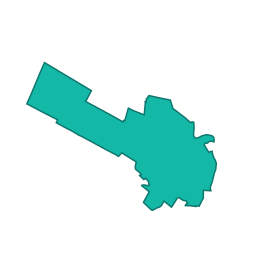 outline of Umbraresti, Galati, Romania, rotated 224°
{"feature_id": "2599482B20952692718710", "entity_name": "Umbraresti", "entity_type": "district", "adm_level": 2, "iso_a3": "ROU", "parent_name": "Romania", "parent_adm1": "Galati", "projection": "natural_earth1", "projection_center": [27.455, 45.712], "detail": "fine", "context": "isolated", "style": "filled", "palette": "teal", "viewbox_px": 256, "rotation_deg": 224, "n_neighbors": 0, "source": "geoboundaries", "source_scale": "gbopen_adm2", "svg_char_len": 2720}
<svg xmlns="http://www.w3.org/2000/svg" viewBox="0 0 256 256"><g transform="rotate(224 128 128)"><path d="M84.6,177.8L85.4,177.5L86.1,177.0L86.3,176.6L86.3,176.4L86.3,176.1L86.3,175.9L86.3,175.7L87.2,175.5L88.0,175.3L91.1,175.1L94.1,175.0L103.1,174.0L108.6,173.3L109.2,173.3L109.6,173.5L111.1,174.3L116.9,177.5L125.5,172.0L135.4,165.9L134.9,161.5L133.6,160.2L133.8,159.6L133.5,159.8L132.8,158.8L133.4,158.6L132.9,158.0L125.5,148.7L125.8,148.6L129.8,146.9L134.5,144.9L135.9,144.3L138.6,143.5L138.9,143.4L141.2,142.7L141.5,142.5L135.3,130.9L136.4,130.4L135.7,129.0L137.4,128.5L151.8,124.7L173.9,118.5L176.9,117.7L176.9,117.8L180.2,129.4L180.3,129.4L211.7,122.1L211.8,122.1L218.3,120.5L218.8,120.5L233.5,117.0L228.3,103.1L228.2,103.0L221.8,86.6L217.5,75.1L202.5,79.5L202.4,79.5L184.3,85.0L183.3,82.0L176.2,83.9L171.9,85.1L170.4,85.6L165.4,87.1L162.8,87.6L160.2,88.3L158.9,88.5L155.4,89.8L150.5,91.1L145.4,92.6L144.8,92.8L144.7,92.8L129.4,97.0L125.6,98.1L124.7,98.4L119.9,99.8L119.6,99.9L117.0,100.7L116.8,100.7L115.1,101.0L115.2,105.8L98.5,109.3L95.9,105.1L93.9,103.6L86.8,104.1L86.0,103.7L86.5,102.3L87.4,101.8L83.2,101.9L82.7,101.9L81.8,101.9L81.6,101.9L80.8,101.9L80.4,104.2L79.0,103.7L78.3,104.1L77.0,103.8L76.9,103.8L76.8,103.7L76.1,103.5L75.6,103.3L73.1,101.8L73.2,101.7L73.5,101.3L73.6,101.1L73.5,100.9L73.4,100.8L73.5,100.7L73.7,100.4L74.3,99.9L75.1,99.4L76.3,98.7L76.7,98.4L77.1,98.0L77.3,97.7L77.5,97.4L77.9,96.9L78.3,96.5L78.3,96.3L78.3,96.2L78.2,96.1L76.9,96.1L76.4,96.1L76.2,96.3L75.2,96.3L70.5,96.7L68.4,96.8L65.2,85.2L54.6,85.3L53.5,85.7L53.3,85.7L51.1,92.0L50.3,93.2L50.1,94.3L50.2,96.4L51.3,100.4L41.7,101.3L43.4,109.8L43.5,109.9L43.7,112.7L43.5,113.0L43.0,113.4L42.8,113.4L40.0,113.8L38.6,114.2L37.3,114.7L35.7,116.1L34.9,115.7L34.2,115.5L33.9,115.4L33.5,115.4L32.9,115.5L33.3,112.9L32.8,112.0L30.0,114.7L29.9,114.8L24.6,118.7L24.9,119.1L23.1,120.8L22.5,121.1L22.5,121.3L24.2,126.4L25.1,129.9L30.5,135.5L24.8,140.4L25.6,141.0L25.9,141.2L26.6,141.7L27.5,142.2L28.3,143.8L28.6,144.6L29.4,146.3L30.2,148.1L33.0,152.9L34.6,155.5L35.2,157.1L36.2,159.3L37.9,161.4L39.7,163.8L42.5,165.3L45.5,166.3L49.5,168.2L51.3,169.7L51.8,169.0L52.3,168.2L52.6,167.7L52.9,167.2L53.0,166.6L61.5,168.8L61.7,169.5L61.8,170.5L61.6,171.0L61.3,171.3L60.9,171.6L60.7,172.0L60.5,172.3L60.4,172.5L60.3,172.9L60.3,173.1L60.4,173.3L60.4,173.6L60.4,173.9L60.2,174.3L60.0,175.0L59.8,175.4L59.3,175.8L59.1,176.0L58.9,176.2L58.7,176.5L58.4,176.7L56.5,177.7L57.9,179.5L59.9,180.8L61.6,180.9L64.0,179.7L65.0,179.1L65.8,178.6L67.4,176.9L69.2,174.1L70.7,169.8L71.7,168.3L72.9,167.4L73.8,167.6L74.8,167.7L76.3,168.8L77.8,170.5L80.2,173.7L81.5,174.8L82.8,176.2L83.8,176.9L84.6,177.8Z" fill="#14b8a6" stroke="#0f766e" stroke-width="1.5"/></g></svg>